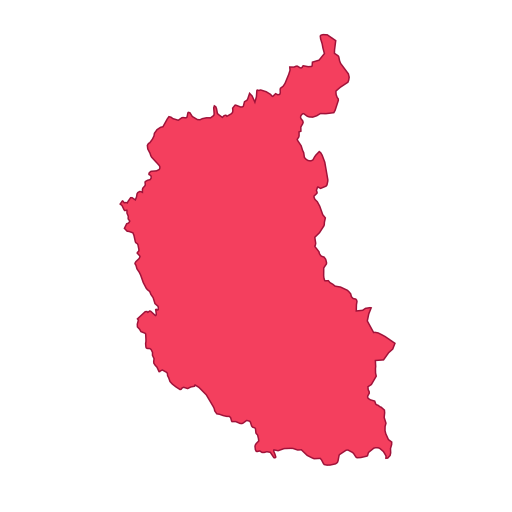 Bao Lac, Cao Bằng, Vietnam (Equal Earth projection), rotated 175°
{"feature_id": "81297802B7761745227660", "entity_name": "Bao Lac", "entity_type": "district", "adm_level": 2, "iso_a3": "VNM", "parent_name": "Vietnam", "parent_adm1": "Cao Bằng", "projection": "equal_earth", "projection_center": [105.716, 22.875], "detail": "fine", "context": "isolated", "style": "filled", "palette": "rose", "viewbox_px": 512, "rotation_deg": 175, "n_neighbors": 0, "source": "geoboundaries", "source_scale": "gbopen_adm2", "svg_char_len": 6060}
<svg xmlns="http://www.w3.org/2000/svg" viewBox="0 0 512 512"><g transform="rotate(175 256 256)"><path d="M379.6,203.7L378.9,202.6L378.9,202.0L380.2,198.4L380.3,195.7L378.3,193.1L377.2,190.7L373.4,188.8L372.7,188.0L372.9,182.5L373.1,180.4L373.6,178.4L373.6,174.9L373.3,174.0L372.5,173.4L369.7,173.0L368.6,171.9L367.5,169.0L367.8,166.1L366.5,162.6L367.1,159.9L367.1,158.1L366.0,156.0L364.3,153.8L362.7,149.3L362.0,149.2L361.2,149.9L359.2,150.6L355.1,147.8L354.5,146.6L354.5,144.5L353.6,142.3L352.6,138.4L350.5,135.7L347.2,132.6L343.3,129.6L342.3,129.7L340.9,131.1L339.5,131.5L335.6,129.9L332.4,131.2L328.6,131.6L328.2,132.7L327.7,132.7L324.2,130.0L317.6,122.0L311.6,109.5L310.9,107.6L310.6,105.3L308.8,102.2L306.1,101.5L302.6,99.9L299.2,98.8L296.5,98.5L295.4,97.2L294.7,93.7L294.3,93.1L290.6,92.8L286.5,90.6L284.7,90.3L283.6,90.6L279.6,93.0L276.7,92.0L276.0,90.8L275.2,87.1L274.3,85.8L272.2,84.9L271.6,84.1L271.5,79.8L271.3,79.2L270.0,77.5L269.5,74.1L269.4,71.5L272.2,69.1L273.2,67.7L273.6,66.4L273.5,63.1L272.8,61.4L272.0,61.1L269.3,61.5L267.1,59.8L264.9,59.6L262.3,60.1L258.9,59.2L255.8,53.6L255.0,53.3L254.2,53.5L253.8,54.0L254.4,56.9L255.3,59.7L255.2,61.2L254.9,61.3L251.0,60.1L244.8,61.7L238.3,61.4L236.0,61.1L231.4,59.1L227.7,59.0L222.4,52.9L217.7,50.0L215.8,49.0L209.7,48.8L208.5,47.2L206.9,43.3L206.2,42.3L203.5,41.5L200.5,41.3L195.0,42.0L193.8,42.6L192.8,43.4L192.1,44.9L190.6,50.2L190.1,50.9L183.1,54.7L181.3,54.7L177.0,51.9L176.0,50.8L173.9,46.9L172.9,46.2L169.1,46.1L162.9,47.0L162.3,47.4L161.2,50.3L160.5,50.9L155.4,54.3L153.7,54.6L150.9,54.3L149.3,53.4L146.1,50.1L143.9,45.5L144.2,43.2L142.4,43.2L139.8,45.6L139.0,48.1L138.8,52.5L137.3,56.4L137.0,58.8L140.1,61.6L142.2,67.6L142.7,70.8L142.3,74.8L141.1,78.1L142.4,84.0L141.5,88.6L141.5,91.3L144.5,94.5L145.4,94.8L147.5,96.7L149.1,97.4L149.7,98.3L150.4,101.1L154.7,102.8L156.7,104.4L157.1,105.7L156.9,106.8L155.1,109.5L155.1,111.1L155.9,113.0L155.9,116.0L152.3,117.9L146.7,125.8L147.1,129.0L146.8,133.5L146.4,135.5L146.2,141.5L138.0,141.4L132.3,148.1L127.9,151.4L125.2,156.9L134.4,164.5L137.4,166.5L141.0,168.7L144.1,169.6L145.5,169.5L150.8,181.6L148.7,188.5L145.8,194.3L146.9,194.6L151.5,194.3L154.5,192.6L160.9,192.5L160.2,198.7L159.4,201.8L159.6,203.2L160.4,204.4L162.8,205.1L163.6,205.9L164.5,207.2L165.0,210.1L166.7,212.5L168.0,213.9L174.5,217.7L179.9,219.1L181.9,221.1L184.7,223.1L186.1,225.1L188.7,225.2L189.6,225.4L189.8,225.9L190.3,228.5L190.3,230.6L189.6,237.8L189.5,238.3L186.5,242.0L186.3,243.1L186.6,245.2L186.9,246.7L188.3,249.0L190.9,250.1L191.8,251.3L192.6,252.8L192.9,254.7L196.5,260.3L196.5,260.8L196.0,261.4L195.4,263.4L195.8,269.5L190.7,273.7L185.8,280.0L185.3,281.1L184.9,283.7L183.6,287.9L185.9,291.3L188.2,300.1L190.2,304.7L192.4,307.3L193.1,309.5L193.0,310.6L189.8,313.2L189.6,314.1L190.1,316.1L188.8,319.0L188.3,319.4L185.8,317.7L180.1,319.5L179.1,320.6L178.0,324.2L177.8,325.6L179.3,343.4L181.3,350.6L182.6,353.3L183.9,354.5L187.5,351.4L189.1,349.5L190.8,346.9L191.7,346.4L193.1,346.0L194.5,346.2L196.1,346.7L198.0,348.3L199.2,350.0L199.5,354.8L200.4,357.2L201.4,361.8L204.5,367.5L204.8,368.6L203.0,370.8L202.6,372.1L202.3,375.9L200.4,376.4L200.1,380.6L197.9,383.8L197.4,385.1L197.7,386.6L199.4,389.2L199.5,390.3L199.2,391.7L198.1,392.9L197.0,393.7L196.0,393.6L192.7,390.7L190.8,389.9L187.4,389.4L183.3,390.4L179.5,392.3L173.9,391.7L166.0,392.0L164.5,394.2L160.4,403.9L160.4,405.4L161.3,406.8L162.1,409.7L162.1,412.7L161.8,413.5L157.4,416.7L149.3,421.1L148.3,423.2L147.6,426.0L148.1,429.4L154.9,440.4L155.7,443.0L156.2,447.2L156.6,448.1L160.2,451.1L159.8,454.5L157.8,463.6L165.7,470.1L169.7,470.7L171.8,470.4L172.4,470.0L172.8,469.5L172.7,466.6L171.6,461.6L171.2,457.4L170.2,451.7L176.1,445.6L182.9,444.2L183.5,440.6L184.1,440.0L187.4,440.0L192.4,441.4L193.1,440.8L193.5,439.9L194.6,439.4L195.6,439.6L198.2,441.5L199.5,441.6L201.7,440.9L205.9,441.3L205.9,438.1L207.6,434.0L212.0,425.5L214.1,422.8L217.0,421.0L217.4,420.0L217.6,416.4L218.2,415.1L218.8,414.8L220.4,414.8L222.3,416.0L225.4,413.5L226.1,413.9L227.5,415.8L231.6,418.8L236.4,420.8L237.2,421.0L238.7,420.6L240.1,421.2L240.6,421.0L240.8,420.3L241.7,414.6L243.7,409.3L245.9,415.7L248.2,418.6L250.5,413.3L251.5,411.9L254.0,410.7L255.6,406.2L256.3,405.8L258.2,405.7L263.1,408.1L263.7,408.1L266.4,405.3L266.4,402.9L266.8,401.2L268.1,399.9L272.8,397.7L273.5,398.7L274.1,398.9L275.7,398.5L277.4,397.0L280.4,399.6L282.0,401.3L282.5,406.3L283.1,408.2L284.4,409.2L285.2,407.3L285.3,401.3L285.6,400.2L286.0,399.6L289.2,397.6L293.3,398.0L297.5,397.5L299.9,396.6L302.5,397.0L307.3,400.5L309.4,404.5L310.9,405.0L311.4,404.5L312.5,400.7L312.9,400.2L313.8,399.7L316.6,400.3L317.8,400.2L321.6,398.0L326.8,400.1L328.6,401.7L330.6,402.4L332.4,400.3L337.4,392.9L339.9,392.5L343.6,390.5L344.5,389.4L346.5,387.1L347.2,384.4L349.1,381.3L352.0,378.0L352.9,377.7L353.7,377.0L354.6,375.6L354.5,372.1L352.6,367.5L352.1,365.2L351.4,363.6L344.5,354.6L344.0,353.3L344.1,352.0L344.5,351.1L345.1,350.5L347.7,349.5L353.2,349.5L354.9,348.4L355.4,347.6L355.5,346.5L354.4,345.8L353.5,344.6L353.7,342.7L354.8,341.3L357.4,340.9L359.8,339.8L360.1,339.1L360.1,336.7L360.4,335.8L362.8,333.5L363.3,332.4L363.6,329.3L365.2,330.2L366.3,330.4L368.2,329.5L369.1,328.3L369.8,325.5L371.3,322.4L374.4,324.9L375.8,325.0L378.7,321.6L379.5,320.1L380.8,320.6L382.6,320.5L384.0,322.5L384.4,322.4L386.8,319.6L385.1,318.0L383.4,313.5L382.8,312.7L380.7,312.9L380.6,312.6L380.8,309.9L379.8,306.9L380.1,304.1L378.7,301.8L379.6,300.4L380.4,299.8L382.0,299.4L384.7,295.0L382.2,291.9L380.3,291.5L376.6,289.8L375.8,287.2L375.0,281.0L374.7,279.9L373.0,278.4L372.6,277.3L372.1,272.5L372.3,271.2L373.9,269.8L374.1,269.2L371.9,266.4L371.6,265.5L372.6,263.7L376.2,260.8L377.2,259.3L377.2,258.8L376.4,257.2L375.7,253.6L373.7,250.0L372.6,247.1L370.6,239.3L368.1,233.3L367.0,231.8L365.0,229.9L364.0,226.8L362.1,223.5L360.8,217.4L358.0,214.4L357.8,213.7L358.1,211.1L359.1,210.8L360.1,211.6L360.6,211.3L360.4,207.7L360.5,206.2L361.1,205.4L361.4,205.4L365.7,210.1L366.6,210.5L368.7,209.3L369.5,210.2L371.2,210.2L379.6,203.7Z" fill="#f43f5e" stroke="#9f1239" stroke-width="1.5"/></g></svg>